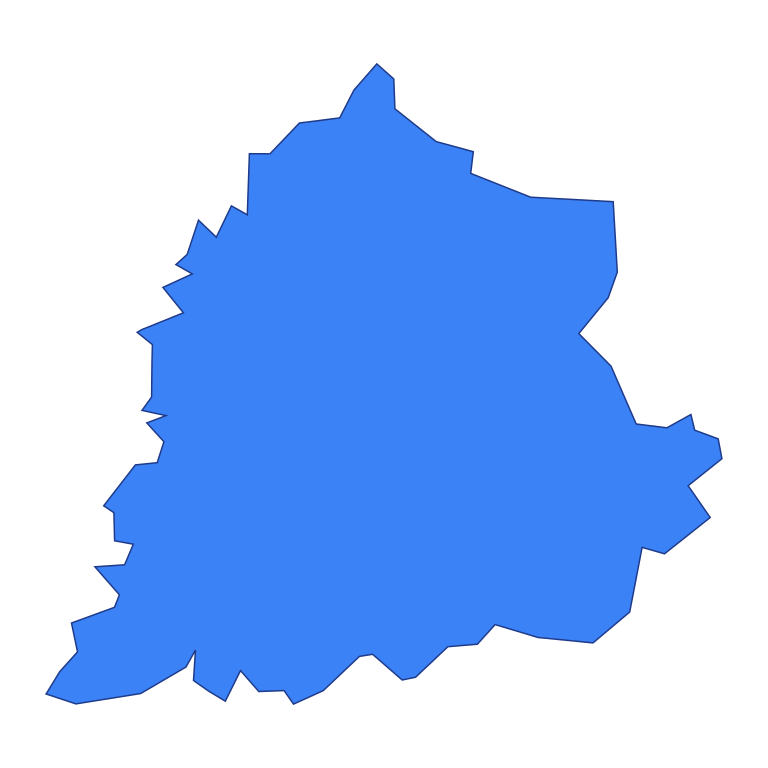 Laurel, Kentucky, United States of America (Robinson projection)
{"feature_id": "52423323B31259142066888", "entity_name": "Laurel", "entity_type": "district", "adm_level": 2, "iso_a3": "USA", "parent_name": "United States of America", "parent_adm1": "Kentucky", "projection": "robinson", "projection_center": [-84.158, 37.138], "detail": "fine", "context": "isolated", "style": "filled", "palette": "blue", "viewbox_px": 768, "rotation_deg": 0, "n_neighbors": 0, "source": "geoboundaries", "source_scale": "gbopen_adm2", "svg_char_len": 1107}
<svg xmlns="http://www.w3.org/2000/svg" viewBox="0 0 768 768"><path d="M415.6,677.2L447.9,646.7L477.4,644.2L495.1,624.6L538.1,637.5L593.0,642.9L629.7,612.0L642.1,547.4L664.5,553.8L710.2,517.5L688.1,485.7L721.9,458.7L718.2,438.9L694.7,430.2L690.9,414.5L666.9,427.8L636.2,424.0L611.0,366.1L578.8,333.6L608.2,297.7L617.3,272.1L613.2,201.7L530.6,197.2L470.7,173.4L473.3,151.7L436.2,141.6L394.9,108.8L393.8,79.0L376.8,63.9L354.0,90.0L339.7,117.9L299.4,123.0L270.0,153.8L249.4,153.7L247.3,214.8L231.4,205.9L216.3,237.2L198.5,220.2L187.2,254.4L175.9,264.6L192.3,273.9L162.9,287.4L183.4,312.8L141.8,329.6L137.2,332.3L152.4,344.6L152.0,361.2L151.6,397.0L142.0,410.4L166.0,415.6L146.8,422.9L163.9,441.7L157.2,462.7L135.4,464.9L103.7,505.8L113.9,512.7L114.6,540.8L133.3,544.2L124.6,564.8L94.9,566.8L119.4,594.8L114.5,607.3L71.5,623.0L77.5,651.9L59.7,671.7L46.1,694.0L75.9,703.9L140.7,693.5L186.0,667.0L195.5,650.0L193.5,680.5L208.9,691.3L225.3,701.2L240.5,670.6L258.8,691.5L284.1,690.6L293.5,704.1L323.3,690.6L359.4,656.4L372.6,654.3L402.2,680.0L415.6,677.2Z" fill="#3b82f6" stroke="#1e3a8a" stroke-width="1.5"/></svg>